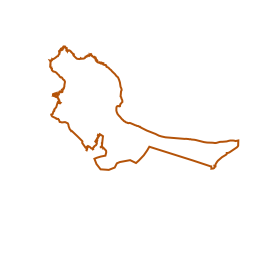 outline of Vigie, Castries, Saint Lucia, rotated 33°
{"feature_id": "8701671B50549026935963", "entity_name": "Vigie", "entity_type": "district", "adm_level": 2, "iso_a3": "LCA", "parent_name": "Saint Lucia", "parent_adm1": "Castries", "projection": "albers", "projection_center": [-60.999, 14.02], "detail": "fine", "context": "isolated", "style": "outline", "palette": "amber", "viewbox_px": 256, "rotation_deg": 33, "n_neighbors": 0, "source": "geoboundaries", "source_scale": "gbopen_adm2", "svg_char_len": 5542}
<svg xmlns="http://www.w3.org/2000/svg" viewBox="0 0 256 256"><g transform="rotate(33 128 128)"><path d="M227.3,78.4L225.3,80.4L224.2,80.7L222.9,81.3L220.5,82.9L219.4,84.0L218.1,85.5L214.5,88.3L212.7,89.5L210.3,92.3L209.2,93.2L207.1,94.2L202.3,97.1L199.5,98.4L191.3,101.2L189.9,101.8L187.3,103.2L186.6,103.3L185.7,104.0L185.0,104.2L182.5,105.5L181.6,106.2L164.5,115.4L160.8,116.8L158.1,117.6L154.3,118.0L145.1,119.9L138.7,120.6L137.5,120.4L137.1,120.8L135.8,120.7L134.3,121.4L133.7,121.4L132.2,121.8L130.7,122.0L127.3,122.6L126.2,123.1L125.9,123.6L125.7,123.7L124.9,124.0L124.2,124.0L123.5,124.3L122.7,124.4L122.0,124.2L120.8,124.4L119.3,124.0L118.1,123.9L115.0,122.9L113.5,122.6L111.3,121.8L110.9,121.4L110.3,121.1L108.8,119.8L107.4,117.6L107.0,116.7L107.0,115.9L107.3,115.3L107.8,114.9L108.9,114.6L109.3,114.3L109.4,114.0L108.9,113.2L108.6,111.9L108.8,111.3L108.9,109.8L109.1,109.2L108.2,108.0L107.7,107.6L106.5,106.9L105.5,105.9L104.6,105.6L102.2,101.0L102.0,99.6L100.8,98.4L99.3,97.5L96.4,94.2L94.3,92.5L92.1,91.0L89.9,90.7L87.7,89.9L83.4,89.1L82.5,88.7L80.3,88.5L79.0,88.1L78.2,88.1L76.7,88.4L76.4,88.3L76.2,87.8L75.2,87.3L74.8,87.4L73.8,88.0L72.7,88.2L72.3,87.5L72.0,87.9L71.5,88.1L71.4,87.3L70.9,87.5L70.4,87.5L70.4,88.1L70.7,88.3L70.3,88.7L69.4,88.8L68.5,88.2L68.4,88.3L69.1,88.8L67.0,89.4L66.2,89.4L65.8,89.0L65.8,88.4L65.3,88.0L65.0,88.1L65.2,88.3L65.2,88.8L64.7,89.0L64.3,88.5L64.3,88.0L63.9,87.7L64.0,88.2L63.8,88.1L63.7,88.2L63.5,88.3L63.0,87.7L62.7,87.5L62.5,86.9L61.5,86.2L61.5,85.8L61.2,86.6L61.5,87.0L61.5,87.4L60.7,87.4L60.3,87.2L59.0,87.3L58.7,87.0L58.0,87.2L57.7,86.9L57.7,87.1L57.1,87.3L56.8,87.1L57.1,86.7L56.8,86.4L56.4,86.4L56.2,86.8L56.3,87.8L56.1,88.0L55.7,87.8L56.0,88.7L55.1,88.9L55.1,89.3L54.6,89.3L54.2,90.2L54.2,90.9L53.6,91.3L53.7,91.5L53.9,91.5L53.6,91.9L53.7,92.8L53.5,93.0L53.4,93.4L52.9,94.0L51.2,95.3L50.3,95.2L50.3,95.5L50.6,95.7L50.8,95.5L49.6,96.7L47.7,97.6L47.1,97.7L42.9,96.9L42.5,96.6L42.7,96.0L42.3,95.6L42.2,95.6L42.3,96.2L42.2,96.2L41.1,95.7L39.7,95.4L39.1,95.1L38.6,95.2L38.3,94.9L37.0,94.8L36.7,94.8L35.9,95.8L35.7,95.8L35.5,95.4L35.1,95.6L35.3,96.6L34.7,96.2L34.3,96.6L33.8,96.3L33.5,95.0L33.1,94.3L32.7,94.3L32.1,94.8L31.5,94.6L31.2,94.3L31.3,94.0L31.7,93.7L30.3,94.2L30.1,94.5L30.4,95.5L30.3,96.1L29.8,96.3L29.5,96.0L29.5,96.5L28.7,97.8L29.2,98.0L29.0,98.5L30.2,98.3L30.1,98.5L29.6,98.9L29.8,99.0L29.6,99.3L28.8,99.6L28.3,101.1L28.6,101.4L29.1,101.5L29.3,101.3L29.5,101.5L29.4,102.3L29.8,102.6L29.8,102.9L30.1,103.3L29.9,103.6L30.1,105.9L29.4,106.8L29.0,108.3L28.2,110.2L27.4,111.5L26.9,111.5L27.3,112.3L27.2,112.9L27.1,113.2L26.7,113.2L26.7,113.8L25.9,114.0L27.1,114.6L27.1,114.9L27.7,115.8L28.2,117.0L28.6,117.2L28.7,117.8L29.1,118.1L29.1,118.6L29.4,119.0L29.7,119.2L30.2,119.3L30.8,119.0L31.2,119.8L31.4,119.9L32.0,119.8L32.5,120.8L32.9,121.0L34.6,121.3L36.1,120.7L37.8,120.6L39.5,121.1L41.5,121.4L42.5,122.0L43.3,122.2L44.0,122.2L44.1,121.9L44.5,121.7L45.5,121.8L46.7,122.5L48.7,122.7L50.0,123.6L51.3,126.7L52.0,127.8L52.4,129.3L52.2,129.6L52.3,129.9L52.6,130.0L52.6,131.3L51.9,131.4L51.7,131.8L52.4,132.2L52.6,132.7L53.1,133.0L53.3,133.6L53.0,134.0L52.5,134.3L52.2,134.6L51.3,134.1L50.7,134.7L50.7,135.1L51.1,136.1L50.5,136.8L50.5,137.0L51.0,137.5L51.7,137.6L51.7,137.9L51.2,138.7L50.9,138.8L49.9,138.4L49.3,138.6L49.0,138.0L48.6,139.2L48.1,139.1L48.6,138.7L48.1,138.5L46.7,140.5L46.9,140.8L47.4,140.1L47.6,140.6L48.2,140.1L48.5,140.9L48.2,141.3L47.8,141.5L47.9,141.0L47.5,141.2L47.3,141.0L47.2,141.3L47.6,141.7L47.9,141.8L48.9,140.9L48.8,141.5L48.5,141.8L49.1,141.0L49.5,141.1L50.3,140.8L50.5,140.9L50.6,141.2L51.4,141.0L51.9,140.3L52.1,140.2L52.7,141.0L53.5,141.2L53.7,141.6L54.1,141.6L54.5,142.0L55.3,142.2L55.7,142.8L55.6,143.3L56.7,143.4L57.0,143.9L57.7,143.7L57.6,144.3L56.5,144.7L56.0,144.4L55.6,143.8L55.2,143.8L55.0,144.0L55.2,145.3L56.5,149.7L56.3,150.5L56.3,151.5L56.0,152.6L56.8,153.6L56.8,154.3L56.4,154.7L57.2,157.3L56.3,158.5L57.1,159.2L58.2,159.6L62.6,159.0L63.0,159.3L64.5,158.4L64.8,158.7L65.7,158.8L67.4,160.1L68.0,159.8L69.6,159.3L71.5,157.7L72.4,157.2L75.0,156.9L76.1,157.6L77.3,158.9L79.9,160.8L81.6,161.2L81.9,161.5L82.1,161.6L82.5,161.1L90.1,162.5L96.8,163.9L97.2,164.2L97.5,165.1L97.8,165.5L103.0,167.6L103.5,167.1L105.0,168.2L105.2,169.2L105.5,169.2L105.3,168.1L103.6,166.9L104.5,167.3L104.8,166.6L104.8,166.0L103.9,165.7L104.2,164.9L106.3,164.7L108.4,165.1L109.2,164.7L110.1,165.1L110.3,164.7L109.4,164.1L109.8,162.8L109.6,162.6L109.8,161.3L110.5,159.9L110.4,158.5L110.2,157.8L109.6,157.0L108.7,157.1L108.7,157.3L107.9,157.1L107.9,155.2L108.7,155.1L108.9,155.6L109.1,155.6L108.9,154.9L107.9,155.0L107.7,152.3L108.2,152.2L108.0,151.5L107.7,151.5L107.7,150.5L106.7,150.5L106.6,150.0L108.2,149.9L108.2,149.7L107.8,149.7L107.7,148.5L111.5,148.5L112.0,149.7L111.4,150.0L112.1,149.8L114.6,154.8L113.6,155.5L114.7,154.9L115.3,156.1L114.7,156.3L115.3,156.2L115.6,156.8L115.9,157.4L115.5,158.8L115.9,158.9L116.3,157.6L117.0,157.9L118.1,158.0L118.3,158.6L118.8,158.2L121.8,158.9L122.2,159.2L123.1,160.5L124.1,163.5L120.7,166.8L118.1,169.9L116.6,172.1L121.2,175.4L127.5,177.6L134.7,173.6L138.4,168.4L137.9,163.7L139.7,161.0L147.3,153.8L153.8,153.0L154.8,149.3L156.1,142.3L156.3,136.4L156.1,132.1L200.1,119.9L218.4,115.1L218.7,114.9L219.0,115.4L219.8,116.0L220.1,116.7L221.5,115.6L222.0,114.8L222.1,113.7L221.1,112.7L222.1,112.3L221.3,111.1L221.2,110.3L221.4,110.2L221.2,110.2L221.1,108.5L221.2,106.6L222.7,101.3L224.8,97.0L225.0,96.3L224.4,95.2L225.4,94.5L226.3,93.3L229.9,84.8L230.1,83.5L230.0,82.8L227.3,78.4Z" fill="none" stroke="#b45309" stroke-width="2"/></g></svg>